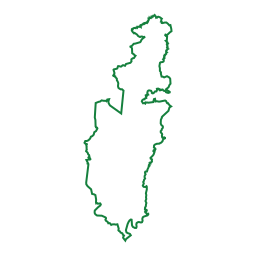 Baba, Los Rios, Ecuador
{"feature_id": "8360857B87551033662534", "entity_name": "Baba", "entity_type": "district", "adm_level": 2, "iso_a3": "ECU", "parent_name": "Ecuador", "parent_adm1": "Los Rios", "projection": "albers", "projection_center": [-79.637, -1.673], "detail": "fine", "context": "isolated", "style": "outline", "palette": "green", "viewbox_px": 256, "rotation_deg": 0, "n_neighbors": 0, "source": "geoboundaries", "source_scale": "gbopen_adm2", "svg_char_len": 5815}
<svg xmlns="http://www.w3.org/2000/svg" viewBox="0 0 256 256"><path d="M159.9,17.3L158.2,16.7L157.1,17.2L156.9,17.6L156.5,17.3L156.1,17.6L155.7,16.3L155.0,15.9L154.9,15.5L154.6,15.6L154.5,15.4L154.3,15.7L153.3,15.7L153.1,16.2L152.0,16.4L152.1,16.7L151.6,16.6L151.6,17.4L151.0,17.4L150.8,18.1L149.8,18.0L149.5,18.2L149.3,17.9L149.1,18.7L148.5,18.6L148.7,20.0L147.9,21.0L148.0,21.4L147.5,21.6L147.6,22.4L147.1,23.0L146.5,22.6L146.0,23.0L145.5,22.8L144.6,23.0L144.7,23.7L143.9,24.2L143.2,23.7L142.6,24.4L141.5,24.8L141.5,25.1L140.8,25.0L140.3,25.3L140.2,25.6L140.8,26.3L140.8,27.0L139.9,26.3L139.2,26.9L138.5,26.7L137.6,26.8L137.3,27.5L137.0,27.1L136.7,27.6L136.1,27.6L135.8,28.2L134.2,27.9L133.1,28.5L132.8,29.2L132.2,28.9L131.9,29.1L131.8,30.6L132.8,32.1L134.0,33.3L134.6,32.9L137.2,34.7L137.9,35.8L139.6,36.9L140.2,37.0L141.1,36.5L142.4,36.6L143.6,37.1L145.1,36.7L142.4,38.8L141.5,39.8L140.6,41.7L140.1,42.2L135.3,43.6L133.7,43.8L132.0,45.8L130.4,46.5L130.4,46.8L131.6,47.6L132.0,48.5L132.2,53.2L134.2,54.6L134.5,55.2L135.5,55.7L133.9,58.1L132.7,58.3L131.5,59.2L131.3,59.8L131.5,61.4L130.4,62.8L126.0,64.0L125.0,65.8L123.3,65.2L122.6,65.3L121.3,66.5L120.6,66.6L118.8,66.1L118.0,66.2L117.3,68.4L116.9,68.7L113.8,69.4L113.5,69.8L114.5,73.1L114.1,74.0L114.4,75.2L113.7,75.5L113.5,75.1L113.2,75.6L113.5,76.0L115.3,76.5L115.3,77.1L116.8,78.6L116.9,80.4L117.6,81.3L118.3,83.2L118.0,86.1L118.4,87.8L119.5,88.7L120.9,89.4L121.9,89.2L123.5,90.6L121.2,113.5L109.9,105.4L108.6,103.1L108.4,101.2L109.1,99.2L107.3,99.5L106.4,101.2L105.9,100.8L103.8,100.8L101.6,100.4L100.0,101.6L98.7,101.8L95.7,103.0L94.8,117.5L95.4,120.0L95.6,126.3L95.8,126.4L96.0,127.4L97.1,127.7L97.4,128.5L96.0,131.1L94.3,132.2L93.7,134.7L92.3,136.1L90.9,136.7L90.1,138.6L88.4,140.3L86.8,141.0L85.3,141.0L84.5,142.8L85.7,144.0L86.7,143.9L86.9,144.2L86.3,145.7L86.7,146.9L86.5,147.8L86.8,149.7L86.4,150.1L86.1,151.2L87.6,152.6L88.2,154.3L89.1,155.1L89.5,157.0L88.7,157.1L88.5,157.5L89.9,158.2L90.4,159.1L89.9,159.6L88.4,159.5L87.7,159.8L86.4,160.0L87.9,163.0L87.6,163.6L88.3,163.9L88.4,164.5L86.2,182.5L86.3,184.3L87.6,186.2L91.1,189.3L92.1,193.9L94.2,194.4L95.4,195.1L96.1,199.4L96.0,202.6L96.2,203.3L96.6,203.0L97.2,203.1L97.8,203.7L100.2,203.4L100.8,204.4L100.3,205.5L98.1,207.2L94.8,210.5L94.6,212.1L94.8,213.4L95.4,214.3L97.0,215.5L101.8,215.7L105.5,217.4L105.9,217.8L106.0,218.6L105.4,219.8L106.1,220.9L107.6,221.8L108.3,223.3L109.4,223.1L110.0,223.3L111.2,224.9L112.3,224.4L114.4,224.3L115.6,224.6L117.4,224.3L118.7,228.6L118.4,230.3L118.9,230.9L119.8,231.3L120.6,232.6L122.2,233.2L122.6,233.7L122.8,234.7L124.0,235.5L123.1,237.4L123.2,237.9L125.3,240.6L125.9,239.3L126.7,238.5L130.8,235.3L129.9,233.9L127.7,233.1L126.5,232.4L125.9,230.2L127.6,224.1L128.6,221.9L129.6,220.4L130.9,219.5L131.6,219.7L132.0,225.2L132.5,226.3L132.9,226.9L135.0,228.0L136.2,227.9L136.6,226.8L136.3,224.3L136.7,223.0L137.7,222.3L138.8,222.0L141.0,222.5L142.0,222.2L142.6,220.8L142.3,218.9L142.8,217.3L144.0,216.5L147.5,215.4L148.3,214.4L148.2,213.7L146.7,213.9L146.3,213.1L145.3,212.4L145.1,211.9L146.5,211.1L146.8,210.3L146.5,209.8L145.2,209.9L144.9,209.3L145.1,207.4L145.8,206.4L146.0,204.3L146.4,203.0L145.5,201.0L146.3,199.0L146.0,197.3L146.3,195.1L145.9,193.3L146.8,189.5L146.8,186.8L146.5,186.2L145.2,187.0L143.6,186.8L142.8,185.7L143.8,183.4L143.2,182.0L143.8,181.1L144.1,179.7L145.1,178.5L144.6,177.4L144.6,176.1L145.6,174.2L145.2,173.7L145.0,172.2L145.5,171.5L146.9,171.5L147.4,170.2L147.4,169.6L148.5,167.4L148.8,165.6L149.4,165.9L149.6,165.7L149.2,164.9L149.7,164.1L149.6,163.3L150.4,163.4L150.3,162.5L151.5,162.2L152.0,161.3L151.8,160.3L152.0,159.4L150.7,158.7L150.5,157.9L152.8,155.6L153.6,154.5L154.5,152.0L153.4,151.3L153.5,150.5L154.4,149.7L155.0,150.1L155.5,149.1L155.2,148.4L153.9,147.5L154.1,145.4L154.9,144.6L156.7,143.8L159.5,143.6L160.2,143.0L161.1,142.7L162.5,141.3L162.6,140.6L163.4,139.1L165.0,138.3L165.0,137.8L164.1,137.3L163.1,138.2L162.6,137.9L162.1,137.1L161.9,135.5L162.2,134.3L161.9,133.5L160.8,132.5L160.7,131.2L161.6,130.2L161.8,129.1L162.7,128.0L162.9,127.2L162.8,126.3L161.3,124.9L160.7,123.4L160.9,119.7L161.9,117.7L161.8,117.2L162.5,116.3L168.4,110.9L169.5,107.4L171.1,106.4L169.6,105.3L167.9,103.1L167.4,103.3L166.9,102.9L166.1,101.1L165.1,100.5L159.7,101.6L158.6,101.6L156.8,101.2L155.5,101.5L155.0,98.8L154.0,99.1L153.2,102.1L148.4,102.7L147.5,102.5L146.8,102.7L145.8,102.3L145.2,102.6L145.1,103.5L144.3,103.1L143.0,103.3L141.8,101.3L142.3,100.2L143.5,99.3L144.5,99.3L144.7,98.6L146.3,98.0L145.7,95.3L146.1,95.1L146.4,95.8L146.8,95.9L147.2,95.1L148.2,94.7L147.3,93.3L147.3,92.9L147.7,91.2L148.5,90.5L149.4,90.4L151.1,90.8L152.0,92.6L151.9,93.0L152.3,93.3L153.1,93.3L153.6,93.1L155.1,91.4L156.4,91.4L157.1,89.9L156.9,88.8L157.9,88.6L158.1,89.1L158.9,88.9L159.8,89.3L159.4,89.9L159.9,90.4L161.4,90.0L161.8,89.6L162.6,89.5L163.6,90.7L165.6,91.2L166.0,92.2L167.3,92.7L168.4,92.9L169.7,92.4L169.7,91.8L166.3,89.7L166.0,89.3L168.5,87.3L169.5,84.9L170.5,83.7L170.2,78.8L169.3,77.5L167.0,76.2L164.1,77.4L162.9,76.7L161.6,76.6L160.8,73.5L161.0,73.0L160.9,72.3L159.9,70.9L159.9,68.2L159.4,66.1L160.0,62.8L160.6,62.3L162.7,62.0L163.6,61.4L163.8,60.0L163.1,59.3L164.3,58.2L163.8,58.0L164.2,56.8L164.1,56.1L164.7,56.0L164.9,55.4L164.8,54.9L165.3,54.9L165.5,54.3L166.2,53.9L166.2,52.6L166.7,52.4L166.1,51.9L166.2,50.7L166.6,50.7L167.1,49.5L167.9,49.0L167.5,48.8L167.6,48.2L167.3,47.9L167.5,47.5L167.1,47.3L167.5,46.4L167.1,45.8L167.4,44.9L167.2,44.7L167.4,44.6L167.2,44.2L167.4,44.1L167.3,43.6L167.7,43.4L167.0,42.8L167.4,42.3L165.8,40.8L166.8,40.4L167.1,36.6L165.8,35.9L165.2,35.2L165.5,34.6L167.0,35.1L169.8,32.4L171.5,31.2L171.3,29.0L170.4,25.1L169.4,25.4L168.2,24.0L166.4,22.5L164.9,22.5L162.5,23.1L161.8,23.0L161.8,22.0L161.0,21.7L161.3,21.2L161.2,20.7L161.4,19.2L161.8,18.7L159.9,17.3Z" fill="none" stroke="#15803d" stroke-width="2"/></svg>